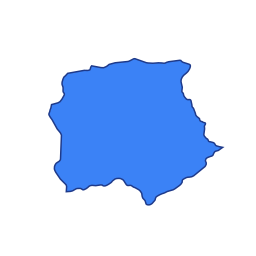 Kamphaeng Phet, Albers equal-area conic projection, rotated 240°
{"feature_id": "THA-400", "entity_name": "Kamphaeng Phet", "entity_type": "Province", "adm_level": 1, "iso_a3": "THA", "parent_name": "Thailand", "parent_adm1": "", "projection": "albers", "projection_center": [99.403, 16.336], "detail": "fine", "context": "isolated", "style": "filled", "palette": "blue", "viewbox_px": 256, "rotation_deg": 240, "n_neighbors": 0, "source": "natural_earth", "source_scale": "10m", "svg_char_len": 3648}
<svg xmlns="http://www.w3.org/2000/svg" viewBox="0 0 256 256"><g transform="rotate(240 128 128)"><path d="M186.5,73.5L184.8,80.0L184.8,82.2L185.2,83.3L186.0,85.2L188.4,89.2L189.0,89.7L189.6,90.0L190.2,90.0L191.3,89.9L191.9,90.0L192.4,90.2L193.3,90.7L194.6,91.5L195.6,92.0L196.1,92.2L198.5,92.6L199.5,93.1L200.7,93.9L202.8,96.1L203.7,97.3L204.2,98.2L204.5,99.9L205.5,103.1L199.8,118.9L197.9,122.0L197.6,123.1L197.4,123.9L197.7,124.4L198.0,124.8L198.3,125.2L198.7,125.5L199.4,126.3L200.0,127.6L193.9,134.7L192.4,137.0L192.1,139.5L192.1,140.8L192.5,143.5L190.9,149.5L185.5,161.5L185.3,162.9L185.1,167.4L184.8,168.2L184.5,168.7L175.4,176.5L174.4,177.7L171.7,181.8L169.2,187.0L167.4,189.8L166.2,191.4L165.8,192.2L165.6,192.9L165.6,193.5L165.5,194.5L165.0,196.5L160.8,206.6L160.1,207.5L158.9,207.7L157.9,208.2L157.5,208.4L152.7,212.8L151.8,213.3L151.1,213.3L150.2,212.8L149.8,212.5L148.5,211.0L147.5,209.2L147.0,208.2L146.4,206.0L145.8,202.5L145.0,200.5L144.4,199.6L143.8,198.8L143.5,198.4L142.7,197.8L142.3,197.5L141.4,197.0L136.2,195.4L134.9,194.5L133.3,193.3L132.9,193.0L132.4,192.9L131.7,192.9L131.0,193.1L130.3,193.1L129.7,193.0L128.6,192.6L128.0,192.5L126.6,192.5L125.0,192.8L123.7,193.1L123.0,193.6L122.4,194.4L121.9,195.5L121.4,196.0L120.8,196.2L120.2,196.2L116.4,195.0L114.5,194.2L113.8,194.2L112.6,194.5L111.9,194.5L107.1,193.7L105.5,193.2L104.6,193.2L103.5,193.4L100.7,194.5L99.9,194.5L99.4,194.2L98.8,194.1L97.8,194.2L97.1,194.7L96.4,195.4L95.4,195.9L94.7,196.5L94.1,197.2L93.5,197.4L93.1,197.3L92.7,197.0L92.4,196.6L91.9,195.7L91.6,195.3L91.2,195.0L90.7,194.7L89.7,194.3L88.8,193.8L84.8,190.7L84.4,190.4L83.8,190.2L83.2,190.1L82.6,190.1L79.5,190.7L78.8,191.3L78.0,191.4L77.3,191.3L76.3,191.2L75.8,191.4L75.4,191.7L74.6,192.7L72.8,194.5L72.0,195.0L71.2,195.2L69.4,195.2L68.8,195.4L68.3,195.7L66.1,197.8L63.9,200.3L63.4,195.0L64.1,192.2L64.1,191.4L63.9,190.9L63.4,189.9L61.9,187.8L61.8,187.1L61.9,186.2L62.2,185.0L62.6,182.5L62.6,181.3L62.5,180.5L62.3,180.1L61.9,179.6L61.2,178.9L60.8,178.6L60.2,178.5L59.0,178.4L58.3,178.1L57.5,177.6L56.5,176.2L56.1,175.3L53.8,161.1L53.8,160.5L53.9,159.2L54.0,158.6L54.8,156.5L55.3,155.6L55.6,154.8L55.9,153.6L56.0,151.0L55.9,149.7L55.6,148.9L54.6,148.2L53.9,147.7L53.0,146.0L52.5,144.1L51.9,138.4L51.9,136.3L53.3,130.6L53.4,130.0L53.5,127.6L53.7,126.2L54.0,125.0L54.3,122.7L54.4,119.9L54.3,118.5L54.1,117.6L53.8,117.2L53.5,116.8L52.9,116.1L52.3,115.7L51.9,115.0L50.6,111.2L50.5,109.7L50.6,108.7L51.0,107.6L51.6,106.7L52.2,106.1L52.5,105.9L52.8,105.8L53.3,105.7L54.4,106.0L55.0,106.1L56.2,106.4L56.8,106.4L57.4,106.3L59.6,105.8L60.2,105.8L60.8,105.9L62.0,106.2L64.0,107.0L64.5,107.2L65.8,107.2L67.7,107.0L69.3,106.4L72.8,104.3L74.0,103.3L75.3,102.6L75.9,102.4L76.3,102.2L76.7,101.9L77.0,101.6L77.3,101.1L78.0,99.6L78.2,99.2L78.6,98.8L79.0,98.5L79.5,98.3L80.1,98.2L84.6,98.0L85.8,97.7L86.3,97.4L87.9,96.3L88.4,95.7L89.0,94.8L89.9,93.0L90.2,91.9L90.3,91.0L90.0,88.6L89.9,88.0L89.3,86.5L89.2,85.9L89.0,83.6L89.0,81.1L89.2,79.8L89.4,79.0L89.9,78.1L90.3,77.7L90.7,77.4L91.2,77.3L91.8,76.7L92.4,75.8L94.2,71.2L96.4,68.1L97.0,66.2L97.0,64.9L96.7,63.8L96.4,61.8L96.5,59.6L96.7,58.6L97.1,58.0L99.0,57.0L99.5,56.5L100.0,55.7L100.8,54.2L101.2,53.2L101.3,52.3L101.3,48.6L101.9,46.4L103.7,42.7L108.0,45.6L109.8,46.0L117.6,43.9L125.7,43.3L127.6,43.4L129.2,43.7L129.9,44.1L130.8,44.7L131.6,45.3L132.5,46.5L132.8,46.9L133.2,47.8L133.4,48.4L133.5,49.6L133.6,51.6L133.7,52.2L134.1,53.2L134.4,53.6L134.8,54.0L155.1,66.8L156.0,66.9L157.2,67.0L157.9,67.0L162.6,66.2L173.1,66.4L175.8,66.1L178.5,66.1L179.3,66.3L179.9,66.7L181.5,68.6L182.6,69.6L183.9,71.2L186.5,73.5Z" fill="#3b82f6" stroke="#1e3a8a" stroke-width="1.5"/></g></svg>